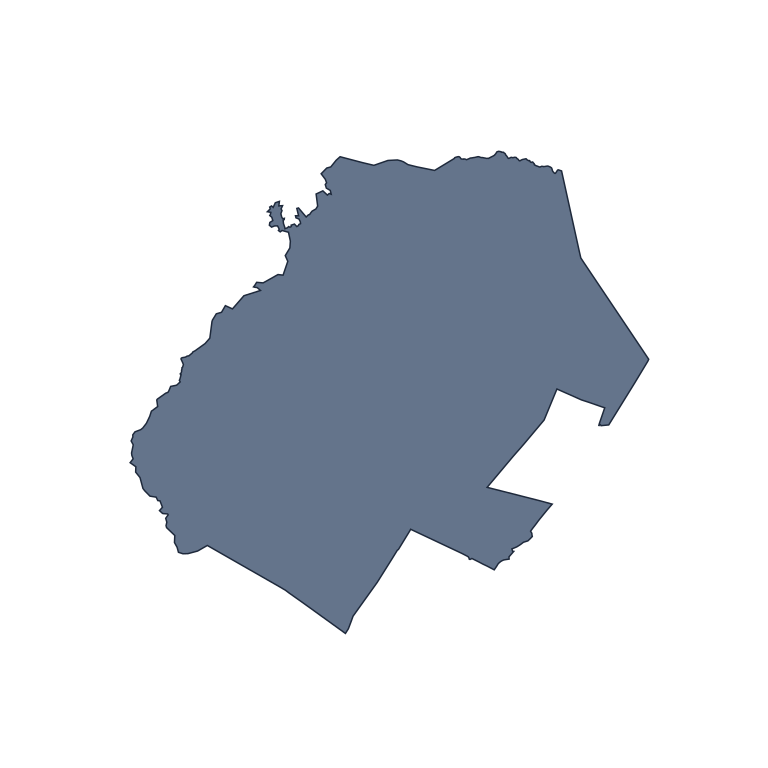 Higueras, Nuevo León, Mexico (Mercator projection), rotated 238°
{"feature_id": "50627088B36696430432628", "entity_name": "Higueras", "entity_type": "district", "adm_level": 2, "iso_a3": "MEX", "parent_name": "Mexico", "parent_adm1": "Nuevo León", "projection": "mercator", "projection_center": [-99.96, 26.036], "detail": "fine", "context": "isolated", "style": "filled", "palette": "slate", "viewbox_px": 768, "rotation_deg": 238, "n_neighbors": 0, "source": "geoboundaries", "source_scale": "gbopen_adm2", "svg_char_len": 6051}
<svg xmlns="http://www.w3.org/2000/svg" viewBox="0 0 768 768"><g transform="rotate(238 384 384)"><path d="M168.0,379.0L169.9,383.3L170.9,385.2L171.3,386.6L171.6,388.8L171.6,390.4L171.5,390.9L171.4,392.0L171.2,392.6L170.8,393.6L170.3,394.8L169.2,397.3L170.4,398.0L171.1,398.3L171.2,398.5L173.3,405.3L173.8,404.7L173.9,404.4L174.6,404.6L175.8,404.9L176.4,405.1L175.9,407.8L175.5,410.4L175.5,413.7L175.6,415.5L175.9,418.4L174.7,422.9L175.5,426.8L175.9,427.9L176.0,428.9L178.0,429.7L178.9,430.2L179.4,430.3L179.8,430.3L181.5,430.3L182.9,433.8L184.5,438.2L185.9,441.7L187.0,444.7L190.7,455.6L193.0,463.0L202.3,454.4L241.7,416.7L254.2,455.2L258.9,470.8L268.6,500.7L288.1,528.0L265.9,543.0L259.8,548.1L249.1,556.7L246.9,558.6L244.1,555.2L236.3,545.6L234.6,543.8L235.3,545.7L235.1,545.8L234.4,546.0L233.9,546.0L233.6,546.0L233.1,547.1L230.2,552.9L252.2,597.5L263.5,619.8L264.7,621.6L305.5,620.3L382.0,617.8L386.6,617.7L392.7,619.8L470.6,647.5L472.2,646.2L473.2,645.4L473.4,644.9L473.3,644.3L472.4,642.4L472.0,641.5L471.9,640.8L472.1,640.5L472.4,640.3L472.7,640.2L474.8,639.8L475.5,639.9L477.7,640.5L478.3,640.6L478.8,640.5L480.1,639.9L480.4,639.6L480.9,639.3L481.6,638.8L482.1,638.3L482.4,637.7L482.8,636.8L483.3,635.5L483.8,634.6L484.0,634.3L484.3,634.1L484.7,633.6L485.1,633.0L485.3,631.5L485.5,631.1L485.6,630.9L487.5,629.5L487.8,629.3L488.0,629.0L488.3,628.8L488.6,628.6L489.0,628.4L489.3,628.3L489.5,628.2L489.9,627.8L490.1,627.8L490.3,627.7L490.4,627.8L490.9,628.0L491.1,628.1L492.5,627.8L493.0,627.8L493.4,627.7L493.5,627.7L493.7,627.4L493.8,627.2L493.8,626.5L493.9,626.3L494.1,626.1L494.8,625.8L495.7,625.8L495.9,625.9L496.2,625.9L496.4,625.8L496.5,625.6L496.5,625.2L496.8,625.0L498.1,624.2L498.4,624.1L498.6,624.1L499.3,624.0L499.6,623.9L499.8,623.7L500.5,621.8L501.0,620.5L501.2,619.2L501.2,617.8L501.3,617.5L501.5,617.2L501.8,617.0L502.3,616.9L503.0,616.9L503.5,616.8L503.9,616.7L504.5,616.4L504.7,616.2L505.7,616.2L505.9,616.2L506.3,615.9L506.5,615.7L506.7,615.4L507.0,615.0L507.2,614.6L507.6,613.3L507.7,613.1L508.4,612.5L508.6,612.3L508.7,612.1L508.9,611.7L509.0,611.2L509.0,610.4L509.1,609.9L509.2,609.5L509.3,609.2L509.6,609.0L509.8,608.9L510.5,608.9L512.0,608.9L512.6,608.8L512.9,608.8L513.3,608.6L513.5,608.6L514.5,608.8L515.1,608.8L515.3,608.8L515.4,608.6L515.6,608.5L515.9,608.4L516.4,608.3L516.9,608.3L517.1,608.2L517.3,608.0L518.0,607.0L518.0,606.8L518.1,606.7L518.4,606.4L518.5,606.4L518.9,606.4L520.3,604.9L520.5,604.5L520.7,604.3L520.7,604.0L520.8,603.7L521.0,603.1L521.0,602.9L521.0,602.7L520.9,602.4L520.2,601.1L519.9,600.2L519.8,599.6L519.6,599.3L519.5,599.1L519.5,598.8L519.5,598.5L519.5,597.7L519.6,596.3L519.7,595.6L519.8,595.0L519.7,594.6L519.8,594.3L519.8,594.0L519.9,593.3L519.9,592.8L519.9,592.4L519.9,592.2L520.2,592.0L520.4,591.6L520.6,591.2L520.8,590.8L521.0,590.5L522.2,589.3L522.6,588.8L523.5,587.9L524.0,587.3L524.2,587.0L524.3,586.7L525.1,585.9L526.0,585.3L526.7,584.6L526.9,584.3L527.2,583.6L528.1,580.9L528.5,580.1L529.1,578.5L529.7,577.3L529.9,576.9L530.1,574.9L530.3,574.0L530.4,573.0L530.9,572.5L531.1,572.4L531.3,572.3L531.5,572.2L531.9,571.8L532.5,571.1L532.4,571.0L532.4,570.7L533.5,569.3L533.7,569.0L534.0,568.8L534.1,568.7L534.5,568.6L535.3,568.6L535.8,568.6L536.3,568.4L537.0,568.1L537.5,567.4L537.8,566.5L538.1,565.6L538.4,564.3L538.4,564.1L538.4,563.8L538.4,563.7L538.0,563.2L538.3,540.1L550.6,527.1L557.3,520.6L562.0,518.3L564.2,516.7L566.9,514.1L571.5,505.8L574.8,491.3L583.0,483.2L600.0,467.2L599.1,462.0L596.3,453.9L597.5,449.9L595.6,442.1L588.7,442.7L585.0,441.9L584.3,439.9L580.7,438.9L576.6,441.0L572.9,439.8L574.6,438.5L574.2,436.1L580.2,434.5L581.1,427.1L570.0,422.0L568.5,418.9L568.6,417.7L568.7,414.6L568.1,412.9L567.2,410.8L567.5,409.3L566.9,406.5L578.6,404.8L579.1,403.1L571.9,400.7L573.6,398.1L571.6,397.4L569.0,399.3L565.9,399.0L564.2,398.2L564.4,396.4L563.7,395.2L563.7,393.5L567.1,392.8L567.9,389.4L566.9,389.0L566.6,388.1L567.2,386.9L568.0,386.6L567.7,384.7L568.2,382.3L569.5,382.9L573.4,383.8L576.2,385.2L576.3,386.5L577.3,387.3L577.8,385.7L579.7,385.7L583.1,386.8L585.1,389.4L587.0,389.5L589.0,392.5L590.8,389.2L594.3,392.1L595.3,387.9L592.5,383.6L594.6,383.0L594.6,380.8L593.3,380.5L592.8,380.2L592.6,379.4L591.9,376.4L589.5,379.0L587.9,377.4L587.4,376.4L584.9,377.2L581.5,376.3L581.5,372.8L579.4,370.9L576.6,371.8L576.0,375.1L574.5,377.5L570.8,377.2L570.1,375.8L568.0,376.6L568.2,378.9L563.3,383.4L554.8,380.3L549.3,376.3L545.2,368.3L539.0,367.4L529.8,356.1L533.0,352.1L533.8,335.1L537.7,329.9L536.1,326.6L535.5,324.8L534.6,325.6L533.0,327.5L531.2,328.1L528.8,328.8L533.1,312.0L528.0,295.3L534.5,291.0L530.9,284.2L532.4,279.0L529.1,272.4L528.1,271.2L515.2,260.6L513.1,253.7L512.3,241.1L512.5,238.9L511.9,237.9L511.3,233.4L512.0,231.8L512.0,229.9L513.3,226.7L513.3,225.7L512.8,225.1L509.0,224.6L506.8,224.2L505.0,222.1L504.9,221.3L503.7,220.5L502.9,219.5L502.3,219.4L500.8,217.8L500.8,216.8L499.9,216.4L499.4,216.8L496.2,213.4L495.6,212.4L493.8,212.3L492.9,207.5L495.0,201.8L492.2,197.9L491.4,196.3L491.9,194.0L491.3,183.9L491.1,183.3L490.8,182.8L484.8,180.1L484.2,172.3L480.8,168.3L476.6,161.7L474.5,156.1L474.2,153.5L475.4,147.5L474.8,146.0L474.0,144.0L472.1,142.9L469.7,139.4L465.3,139.1L459.2,133.3L457.0,132.3L453.5,131.6L451.8,127.0L445.3,129.7L440.9,126.7L433.9,127.5L423.1,124.2L420.2,124.5L412.9,126.1L408.8,130.8L405.0,130.4L403.6,132.1L396.9,130.8L395.6,126.5L391.6,127.6L390.9,128.3L390.2,129.3L388.5,131.6L388.3,131.7L387.9,131.7L387.4,131.6L385.8,127.7L381.9,126.6L379.4,124.1L377.4,123.5L366.4,126.3L360.6,122.3L355.1,122.0L350.2,120.5L346.6,123.5L344.0,127.9L341.1,137.4L340.7,148.6L264.7,189.4L264.4,189.5L261.4,191.1L256.9,192.8L246.7,197.1L236.3,201.4L192.9,219.1L195.3,224.1L200.8,231.3L203.5,234.7L219.3,273.0L231.4,298.0L236.0,307.3L236.0,308.5L243.4,323.3L245.8,328.1L246.7,329.6L199.0,360.3L193.6,363.5L192.7,363.9L191.5,363.8L190.9,363.8L190.5,363.5L190.3,363.5L190.1,363.5L189.6,364.1L189.6,364.3L189.5,365.1L189.4,365.5L189.3,365.8L189.4,366.1L182.7,370.2L178.9,372.4L175.0,374.9L168.0,379.0Z" fill="#64748b" stroke="#1e293b" stroke-width="1.5"/></g></svg>